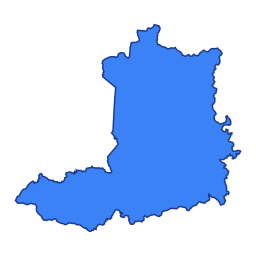 Falan, Tolima, Colombia
{"feature_id": "7082276B64304249880485", "entity_name": "Falan", "entity_type": "district", "adm_level": 2, "iso_a3": "COL", "parent_name": "Colombia", "parent_adm1": "Tolima", "projection": "orthographic", "projection_center": [-74.943, 5.091], "detail": "fine", "context": "isolated", "style": "filled", "palette": "blue", "viewbox_px": 256, "rotation_deg": 0, "n_neighbors": 0, "source": "geoboundaries", "source_scale": "gbopen_adm2", "svg_char_len": 5868}
<svg xmlns="http://www.w3.org/2000/svg" viewBox="0 0 256 256"><path d="M85.5,228.5L86.2,228.1L87.8,230.2L89.9,231.4L91.1,231.1L91.5,230.4L93.5,230.1L93.8,228.8L94.6,228.7L96.0,229.4L96.4,227.0L98.4,224.6L99.9,224.4L103.2,225.0L104.5,223.8L104.4,222.4L105.9,221.5L105.8,219.4L106.4,219.1L107.4,219.8L107.7,218.5L109.6,219.1L110.6,218.9L111.0,218.1L111.7,217.7L111.3,216.4L111.8,215.7L112.5,215.5L112.6,214.5L114.6,211.6L115.0,210.5L116.5,209.6L117.4,210.1L118.2,210.0L119.7,211.1L120.2,213.2L120.6,213.2L121.0,212.4L122.4,213.2L122.3,213.8L121.5,213.9L120.3,215.4L121.0,216.8L122.0,216.7L123.1,217.5L124.6,216.9L124.3,216.0L124.9,215.4L128.2,215.8L128.3,217.3L129.5,219.3L128.7,220.0L130.1,223.6L130.8,224.2L133.1,224.2L134.0,223.6L135.2,221.3L136.6,221.5L139.1,220.9L142.0,221.8L142.5,220.3L143.6,220.5L143.9,220.1L144.1,219.1L143.7,217.3L144.8,215.6L146.3,217.0L147.2,217.3L150.5,215.3L154.8,214.5L157.1,215.9L159.1,216.5L161.3,215.0L162.0,212.3L162.6,211.6L164.0,210.9L167.0,210.5L171.0,208.3L176.6,208.7L177.4,208.3L178.6,206.9L181.1,206.5L183.4,207.3L185.2,207.4L186.5,208.7L187.1,210.4L188.8,210.5L192.6,206.3L194.0,205.6L195.8,205.5L198.9,201.8L199.6,201.7L201.0,202.4L204.5,203.2L206.8,201.3L209.4,200.0L209.7,198.7L208.5,195.0L208.9,194.1L209.6,194.3L210.4,196.1L212.2,197.4L214.4,197.6L217.9,200.3L219.5,202.3L220.6,205.0L223.8,204.1L225.5,200.8L224.2,197.8L224.1,196.0L225.9,195.5L225.9,194.5L226.6,193.8L228.2,194.4L228.9,193.4L228.7,191.9L226.9,191.2L226.3,190.4L226.7,187.9L224.6,180.8L224.6,179.1L225.4,178.4L226.8,178.4L227.0,177.5L226.2,176.7L226.1,176.0L227.6,174.8L228.7,171.5L226.0,168.5L225.3,168.1L223.7,167.9L224.0,167.0L226.0,165.5L226.0,165.2L223.9,163.0L221.5,162.1L219.7,159.9L220.0,159.6L223.1,159.6L224.3,159.2L225.6,157.8L226.7,158.1L227.1,157.6L227.2,155.9L227.8,155.7L228.6,156.1L230.2,154.2L230.8,155.9L232.2,155.6L232.9,156.6L233.0,157.5L232.3,158.5L233.0,158.8L234.3,158.4L235.7,157.6L236.6,156.0L236.7,155.3L236.2,153.9L236.7,153.7L237.8,154.4L238.4,154.3L239.1,153.8L240.6,151.4L240.0,150.8L238.3,150.3L235.7,151.1L233.2,151.2L232.2,150.0L232.0,148.9L232.4,148.1L231.9,146.8L233.7,145.8L233.7,144.2L232.7,142.5L229.1,141.5L228.4,140.4L230.4,136.6L230.6,135.3L232.0,133.8L232.0,133.0L230.6,132.9L228.5,134.2L228.0,133.5L227.8,129.8L226.0,129.3L225.8,131.3L225.2,132.0L223.7,131.6L221.7,129.8L222.7,126.7L224.1,125.0L225.3,124.8L229.5,125.2L230.1,125.0L230.6,124.3L230.8,121.9L230.3,120.2L229.3,118.7L227.9,117.5L227.5,116.0L226.4,116.0L225.8,116.8L226.6,119.4L226.0,121.4L224.9,122.4L221.2,124.0L219.4,123.8L217.8,122.3L215.3,121.2L214.4,119.4L214.1,116.2L216.1,113.9L215.4,112.3L212.9,109.2L212.3,104.8L212.4,104.4L213.5,104.0L214.7,101.9L214.9,98.3L213.4,96.2L214.5,93.9L216.1,92.8L216.2,90.8L216.8,89.3L216.3,88.5L213.9,87.7L212.1,85.5L213.3,84.4L214.8,81.9L213.3,79.7L214.3,77.7L214.1,77.0L212.5,75.2L212.4,74.2L214.0,72.5L213.9,70.2L215.2,69.6L215.9,68.6L214.8,66.8L215.2,65.6L216.5,64.4L217.9,65.0L219.5,63.5L219.9,60.8L219.2,56.5L221.2,55.0L222.1,53.3L221.9,52.9L220.9,52.2L220.6,50.5L219.4,50.3L217.6,48.1L216.3,48.6L211.4,48.7L208.0,51.7L206.1,51.8L204.2,50.3L203.2,50.3L202.2,51.7L201.0,52.1L199.4,53.6L198.7,55.1L197.7,55.8L196.4,55.3L195.5,55.8L194.0,54.3L193.2,54.6L192.6,55.8L191.1,56.2L190.2,56.1L189.2,54.9L188.2,54.6L185.8,56.2L184.6,56.0L183.0,55.1L182.2,55.3L181.8,53.3L180.0,51.6L176.8,50.0L175.2,47.5L174.0,48.2L171.0,47.8L169.6,48.7L167.4,48.8L164.9,47.1L162.3,46.8L160.9,46.0L159.7,44.8L158.0,44.9L156.6,40.9L157.5,40.0L157.2,37.4L157.6,36.1L157.6,33.3L158.7,32.2L160.0,29.2L159.9,27.5L159.4,26.8L158.5,26.7L158.8,25.9L154.3,24.6L153.3,26.8L151.2,28.4L150.6,28.6L148.7,28.0L147.8,28.3L146.7,30.7L146.0,31.2L142.7,30.6L140.1,30.7L138.3,30.2L137.5,30.6L137.2,32.2L138.1,36.1L139.1,37.9L139.4,40.4L138.2,41.5L136.0,42.4L131.8,42.5L131.1,43.1L130.6,46.2L130.0,47.4L130.1,50.5L129.5,56.0L128.7,57.9L127.9,57.9L125.5,56.4L124.6,54.1L123.9,53.2L123.1,52.9L120.5,52.8L118.5,53.8L117.7,56.2L116.5,57.3L114.6,56.8L111.2,56.7L108.4,57.5L104.7,59.4L102.7,60.9L102.2,63.1L103.1,64.6L102.6,67.9L103.9,71.7L103.1,72.4L103.5,74.2L102.5,74.8L102.8,75.4L102.7,76.7L115.7,87.4L114.6,100.9L113.0,130.7L111.6,133.2L112.6,134.0L114.2,136.3L114.9,136.6L114.2,138.2L114.9,138.6L115.0,139.1L115.3,139.2L116.0,138.4L116.6,138.3L117.0,138.8L117.0,141.5L118.0,143.5L118.0,144.5L107.6,156.9L108.1,159.3L107.5,161.0L108.9,165.7L110.4,167.2L110.5,169.2L111.8,171.2L111.5,172.1L110.2,172.9L108.2,172.8L105.2,171.8L104.6,169.7L103.5,169.3L102.6,168.1L100.4,168.5L98.8,167.7L97.3,168.3L96.5,167.9L94.9,168.0L92.6,167.4L91.8,166.4L91.0,167.7L87.5,168.1L86.3,168.6L86.0,170.6L85.0,171.6L83.7,171.0L82.5,171.9L81.0,170.4L79.1,170.6L78.2,170.2L76.9,170.5L76.4,170.1L76.6,172.3L75.8,172.6L75.2,171.5L74.7,171.3L74.4,172.7L74.9,173.5L74.4,173.9L73.8,173.8L73.1,172.9L71.8,172.9L71.0,172.2L68.9,172.0L67.5,172.7L66.7,172.6L65.7,174.0L66.7,176.0L66.6,176.8L64.7,177.9L64.6,179.2L63.5,181.6L61.8,181.5L61.4,182.5L60.7,182.8L59.2,182.4L58.0,182.8L57.2,181.7L56.5,181.9L55.4,181.6L54.5,181.9L54.3,181.3L53.5,181.2L53.3,180.5L51.8,180.5L50.6,180.0L49.1,180.2L47.0,178.2L44.6,176.7L42.8,176.7L42.1,174.5L41.2,173.7L40.5,173.6L39.7,174.2L38.8,175.8L39.3,177.0L38.9,178.0L39.6,178.2L38.9,178.9L38.7,179.9L37.9,180.2L38.4,180.8L38.4,181.5L37.5,181.8L37.0,182.5L35.3,182.5L34.5,183.4L34.2,183.1L34.1,181.9L32.9,181.1L30.3,182.9L28.1,185.1L26.0,188.5L24.9,189.2L23.6,189.1L22.0,190.7L18.8,196.2L17.5,196.3L15.4,200.7L16.0,201.0L17.7,203.2L22.8,203.0L26.8,204.7L31.5,203.3L32.9,204.0L34.6,204.1L35.8,204.9L36.7,206.3L36.4,208.0L36.6,211.1L38.2,213.5L41.4,216.2L42.0,217.9L44.0,220.3L45.4,220.0L46.7,220.3L49.2,219.4L51.7,220.3L54.9,218.6L55.9,219.0L56.7,221.1L57.4,221.6L61.7,223.5L62.8,223.4L64.8,224.6L66.7,224.3L67.7,223.5L69.8,222.9L73.3,223.6L74.7,223.3L76.4,224.6L80.0,224.9L83.3,227.5L85.5,228.5Z" fill="#3b82f6" stroke="#1e3a8a" stroke-width="1.5"/></svg>